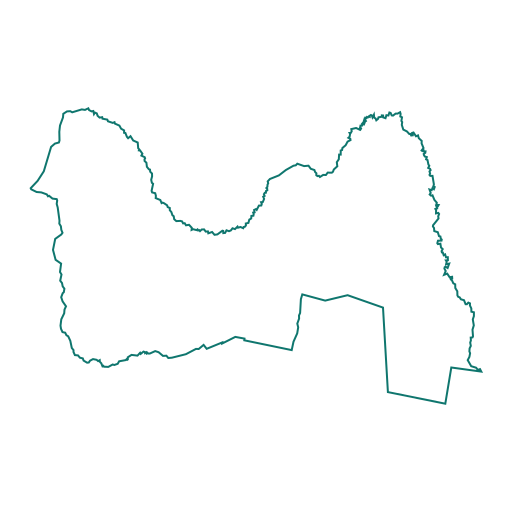 the district of Metán, Salta, Argentina
{"feature_id": "61730980B22124593999918", "entity_name": "Metán", "entity_type": "district", "adm_level": 2, "iso_a3": "ARG", "parent_name": "Argentina", "parent_adm1": "Salta", "projection": "equal_earth", "projection_center": [-64.481, -25.427], "detail": "fine", "context": "isolated", "style": "outline", "palette": "teal", "viewbox_px": 512, "rotation_deg": 0, "n_neighbors": 0, "source": "geoboundaries", "source_scale": "gbopen_adm2", "svg_char_len": 6043}
<svg xmlns="http://www.w3.org/2000/svg" viewBox="0 0 512 512"><path d="M55.2,238.9L53.0,249.9L55.6,259.8L61.1,263.6L60.0,272.0L61.5,274.5L60.2,280.7L62.0,283.0L62.7,286.4L64.4,288.7L63.8,292.2L62.7,293.2L61.2,297.2L62.6,301.4L66.0,306.3L64.5,309.6L64.2,313.3L61.3,319.3L60.5,325.6L61.0,328.8L62.5,332.1L65.2,332.7L66.4,335.2L68.2,336.3L70.3,340.8L71.8,348.0L73.5,350.1L73.5,352.0L74.9,355.1L78.0,355.4L79.9,357.7L82.8,358.4L83.6,360.6L87.1,362.7L88.8,362.5L90.0,360.7L93.0,359.1L96.6,359.8L98.1,361.1L99.7,360.2L99.8,361.7L101.3,363.3L102.5,366.3L103.3,365.8L104.0,366.7L108.3,366.9L112.7,364.5L114.3,365.0L117.7,363.8L119.1,361.3L125.7,360.1L126.6,359.2L127.2,359.8L127.8,359.4L127.8,357.3L131.5,354.9L137.5,355.6L140.1,352.8L140.7,353.9L143.5,351.6L145.0,352.1L145.1,353.0L146.2,352.3L146.6,353.4L147.4,352.7L148.0,353.5L149.9,353.5L155.2,351.1L158.6,352.2L163.0,355.9L166.4,355.7L168.3,358.0L171.9,357.7L185.9,354.2L196.0,348.9L198.7,349.0L203.6,344.9L206.7,348.8L222.3,342.4L222.2,343.5L235.3,336.9L244.5,338.6L244.3,340.3L291.7,350.1L293.5,341.7L297.2,333.4L298.2,327.3L297.3,323.6L299.1,318.6L299.0,315.5L300.1,313.0L300.9,299.1L302.3,294.4L325.2,300.6L347.6,295.2L383.0,307.6L387.9,392.1L445.3,403.7L451.3,367.5L481.3,371.6L480.0,369.1L477.9,369.9L476.1,367.7L471.2,366.2L467.7,360.1L469.4,356.9L470.1,353.2L469.4,351.4L469.6,348.4L470.8,345.9L470.2,342.6L470.9,340.4L470.7,337.6L472.5,337.4L473.0,336.3L472.5,329.7L473.8,325.4L472.8,319.4L473.9,316.1L473.9,312.3L471.4,311.7L471.3,308.4L469.9,305.4L470.0,303.4L468.3,302.6L466.9,304.2L465.6,304.2L464.0,300.2L460.9,299.3L459.7,297.4L458.1,296.7L457.4,295.3L457.3,291.3L455.3,288.0L455.2,284.3L453.3,283.3L452.0,280.4L450.8,279.4L450.6,278.7L452.2,278.4L452.1,276.8L449.6,277.2L447.2,273.6L444.1,274.8L445.7,271.0L444.4,268.6L444.7,267.2L445.6,266.7L447.6,268.0L449.2,263.6L446.1,264.3L446.7,261.7L445.9,260.4L447.9,260.2L447.8,257.2L446.0,257.3L445.1,254.4L443.7,255.2L442.8,252.5L441.9,252.4L441.6,251.1L442.7,249.1L441.0,247.5L440.4,243.7L437.9,244.1L437.3,243.2L438.0,240.7L441.5,240.6L441.7,239.5L440.8,238.7L440.4,236.5L439.0,236.1L437.8,232.2L434.3,231.1L434.0,228.0L432.9,226.4L433.1,225.2L438.5,218.5L438.2,216.3L439.1,214.0L438.3,212.9L436.0,213.4L436.1,210.2L435.4,209.0L437.1,208.4L436.3,206.0L437.8,206.4L438.6,205.0L436.3,204.8L436.8,202.7L434.4,199.9L432.5,195.3L431.1,195.7L429.7,194.5L430.7,192.9L429.5,189.5L431.7,190.1L432.5,188.1L433.9,189.2L434.7,187.0L433.4,186.2L433.9,184.4L432.5,175.9L430.3,175.9L429.5,174.9L430.1,173.5L429.5,171.4L430.6,170.1L430.1,168.9L428.2,167.9L429.3,165.8L428.4,164.5L427.5,160.0L426.1,159.3L426.8,157.1L424.8,156.5L423.9,155.0L423.7,153.9L425.3,152.8L425.5,151.4L423.9,151.4L423.5,150.0L422.3,151.0L421.6,150.5L423.5,148.0L421.6,143.4L421.7,140.9L418.8,138.2L418.0,135.4L416.0,136.3L413.5,132.5L412.2,132.9L412.7,135.3L411.2,135.5L410.4,133.9L409.3,134.0L406.9,131.4L403.3,129.6L401.8,124.9L402.2,122.1L401.4,120.9L402.0,117.3L400.3,116.5L400.6,113.8L400.1,112.2L397.6,113.6L395.6,113.6L393.0,115.6L391.7,115.4L390.6,112.9L389.4,112.5L388.4,115.5L386.4,115.2L385.5,118.2L383.2,117.4L383.1,115.5L381.8,115.4L381.7,116.8L378.5,117.3L378.0,118.9L376.3,120.3L375.6,118.5L374.2,117.6L373.9,114.7L372.5,117.4L371.8,115.4L370.9,115.0L369.7,115.8L369.7,116.9L368.6,116.5L367.8,117.5L366.9,117.0L366.4,118.0L365.4,117.7L365.2,119.6L365.9,121.0L364.6,121.7L364.1,120.2L363.5,122.1L364.6,122.8L364.0,124.3L362.5,123.3L362.0,123.9L362.6,124.7L362.1,125.6L360.5,125.6L360.3,127.4L361.1,128.5L360.6,129.3L359.9,128.1L359.5,129.6L356.1,128.0L351.3,129.1L351.7,131.3L350.7,133.0L349.6,133.0L350.1,134.0L349.6,136.7L348.4,137.8L350.3,138.8L350.5,140.1L347.6,141.6L345.6,145.3L342.4,148.0L342.1,150.0L340.7,150.5L340.7,154.6L339.1,154.6L338.8,159.3L336.8,162.2L337.3,166.3L333.8,169.5L333.0,171.7L331.8,172.7L327.7,172.6L325.9,175.0L323.2,174.9L319.9,177.0L318.9,175.8L317.5,176.1L316.3,175.2L316.4,173.3L315.1,172.0L314.4,170.0L310.8,168.8L308.5,165.7L304.1,166.1L297.3,163.7L295.8,165.3L293.5,165.7L285.9,170.0L278.9,175.4L269.9,179.0L267.7,181.4L268.2,183.3L267.5,184.7L267.4,186.8L266.4,188.0L267.2,188.7L267.3,190.3L266.0,191.0L265.9,192.7L264.8,192.8L263.9,194.2L264.6,195.9L263.2,196.7L264.1,198.9L262.8,202.0L261.1,202.2L261.8,203.9L261.3,205.5L258.9,205.6L256.7,209.9L255.9,209.1L254.1,210.0L254.6,212.3L253.2,212.6L253.7,214.0L253.4,215.7L251.4,215.9L251.2,218.5L249.3,219.6L248.4,222.9L245.8,223.5L245.9,225.5L244.8,226.8L243.7,227.0L243.2,228.2L240.5,227.0L238.0,227.7L237.5,226.6L235.0,229.1L232.5,228.3L230.9,230.4L229.0,231.2L226.5,230.3L225.1,232.9L223.3,233.1L223.2,230.9L222.4,230.7L217.4,234.4L214.5,234.8L212.1,232.0L208.3,233.3L207.9,231.4L205.7,231.6L204.1,229.4L201.7,229.5L200.0,231.1L199.1,230.1L198.1,230.5L197.5,229.4L196.5,230.1L193.1,229.2L191.6,229.9L191.8,227.8L189.0,224.8L186.0,225.3L184.7,223.2L183.1,223.4L182.1,221.4L180.4,220.9L176.3,221.1L174.2,219.2L173.7,216.2L172.4,215.2L171.4,212.1L169.8,210.2L169.8,208.0L167.7,207.1L167.1,205.3L164.0,203.2L162.6,202.6L161.6,203.1L160.3,200.0L155.7,198.1L155.9,195.8L155.2,193.2L152.1,192.4L151.6,190.8L153.1,183.8L151.9,182.8L151.2,179.8L152.1,176.3L152.0,173.5L150.2,171.7L150.0,169.6L148.9,169.3L146.9,166.8L146.4,162.7L144.6,161.0L144.5,159.3L145.1,158.4L144.7,157.2L141.4,155.6L142.4,153.7L140.2,150.6L139.0,150.4L139.4,149.6L138.2,148.2L137.7,142.5L133.2,140.5L130.5,136.2L128.1,138.2L126.9,136.8L125.4,133.0L124.1,132.8L124.1,130.4L121.1,128.7L119.4,125.6L114.9,123.6L114.5,122.2L112.8,122.9L108.0,121.3L107.3,119.6L102.5,118.7L102.2,117.2L99.6,117.6L97.6,115.8L96.8,113.4L95.0,112.6L94.0,114.1L93.3,111.0L91.6,111.4L89.1,110.1L88.3,108.3L85.0,109.9L81.8,109.4L72.2,112.3L70.3,111.2L67.0,111.4L63.3,113.8L63.0,117.4L60.0,125.5L59.3,131.8L59.5,140.5L58.9,142.5L54.9,143.6L51.1,146.9L43.8,171.3L37.6,180.9L30.7,188.2L31.2,189.3L36.6,192.0L41.3,192.4L46.8,194.4L48.0,196.3L49.1,195.8L52.5,198.6L56.7,199.1L57.2,200.5L56.7,203.9L57.7,207.5L59.5,220.7L59.3,223.6L60.9,226.3L61.3,229.8L62.5,232.8L61.3,234.5L55.2,238.9Z" fill="none" stroke="#0f766e" stroke-width="2"/></svg>